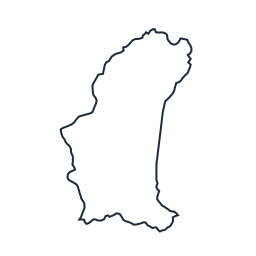 Guapimirim, Rio de Janeiro, Brazil, rotated 191°
{"feature_id": "56859067B76687286499853", "entity_name": "Guapimirim", "entity_type": "district", "adm_level": 2, "iso_a3": "BRA", "parent_name": "Brazil", "parent_adm1": "Rio de Janeiro", "projection": "mercator", "projection_center": [-42.966, -22.59], "detail": "fine", "context": "isolated", "style": "outline", "palette": "slate", "viewbox_px": 256, "rotation_deg": 191, "n_neighbors": 0, "source": "geoboundaries", "source_scale": "gbopen_adm2", "svg_char_len": 2487}
<svg xmlns="http://www.w3.org/2000/svg" viewBox="0 0 256 256"><g transform="rotate(191 128 128)"><path d="M158.2,28.8L155.5,29.5L153.5,29.5L152.6,27.4L150.3,26.0L147.9,27.6L145.8,30.3L144.3,31.8L142.3,32.1L140.0,31.4L136.6,32.1L134.1,33.9L133.1,37.3L130.9,38.4L129.1,37.3L126.8,38.8L124.9,40.2L122.9,42.1L119.7,42.0L117.8,40.2L115.1,37.0L112.5,36.0L110.3,36.0L107.9,35.5L105.8,35.0L104.0,34.2L102.0,34.7L99.3,35.8L96.9,37.0L94.8,38.4L92.8,38.6L90.3,36.3L87.5,35.5L84.8,34.4L83.1,35.5L81.0,35.7L79.3,34.0L76.9,32.5L74.9,34.0L72.3,35.0L70.6,37.5L68.0,39.5L66.5,43.0L66.1,45.9L67.0,48.8L64.6,50.7L62.3,51.9L64.0,53.3L66.6,54.8L68.5,54.4L70.8,54.7L73.4,55.9L76.7,57.4L79.7,58.4L81.9,60.3L84.4,62.3L85.8,63.7L86.1,65.9L85.8,69.2L85.4,72.2L87.5,73.4L89.0,75.7L88.5,79.5L90.2,82.4L93.1,97.3L93.4,100.8L93.7,105.9L94.0,109.5L94.2,112.4L94.6,118.5L94.9,122.9L95.5,131.4L96.9,150.5L96.6,161.2L94.6,164.0L93.2,166.0L91.8,168.5L90.3,171.2L89.7,174.0L89.7,176.5L89.5,178.7L89.2,181.4L86.3,183.0L84.8,185.3L83.9,187.4L82.8,189.3L81.4,191.4L79.8,193.7L79.4,196.3L78.7,199.5L78.6,202.3L81.3,203.8L79.7,207.9L81.7,209.6L83.2,211.2L81.4,212.7L80.4,215.7L81.0,218.4L82.6,221.1L84.8,223.2L86.6,225.9L90.2,226.0L93.5,226.0L94.5,222.4L96.3,219.9L98.8,218.5L101.9,219.1L104.8,221.3L106.3,223.0L106.8,225.0L107.7,227.1L110.0,228.2L112.4,228.4L114.8,227.9L116.8,227.4L119.0,227.4L120.4,230.0L122.4,229.8L124.7,227.6L126.0,224.4L128.4,225.4L129.6,223.2L131.1,221.8L131.1,219.4L133.2,218.1L135.7,217.2L138.1,216.6L140.3,214.8L142.1,211.8L143.8,209.0L145.3,207.4L148.1,206.2L147.1,203.1L149.4,200.8L153.2,198.9L155.4,197.4L157.6,195.0L158.7,192.3L159.6,190.0L161.9,188.4L162.8,185.4L162.8,182.7L162.9,179.4L162.9,176.5L167.3,174.7L168.3,171.5L169.3,168.8L170.3,165.8L171.0,163.1L170.1,159.4L169.3,156.5L168.3,153.9L165.5,151.3L163.9,148.8L164.2,145.6L164.6,143.6L165.3,140.3L165.8,137.1L167.7,135.2L170.7,133.8L173.3,132.5L175.9,131.2L178.4,129.9L180.2,127.0L181.8,123.3L183.8,121.0L185.9,119.5L187.9,118.1L189.7,117.0L191.9,115.6L193.7,114.0L193.2,111.9L191.9,109.2L190.3,106.5L188.3,104.9L186.7,102.5L184.6,100.7L182.2,99.2L180.1,96.7L179.3,93.6L178.4,91.8L176.9,90.1L176.3,87.4L175.7,84.4L175.6,81.5L173.5,79.4L172.0,77.1L174.2,75.5L176.8,73.6L178.1,71.3L178.0,67.9L176.4,65.8L173.4,64.8L170.1,63.7L167.5,62.6L165.9,60.5L164.2,57.3L163.1,54.9L161.7,52.7L160.4,50.0L158.8,48.2L156.9,46.3L156.0,43.9L155.5,41.5L155.9,38.8L156.5,35.5L157.1,31.9L158.2,28.8Z" fill="none" stroke="#1e293b" stroke-width="2"/></g></svg>